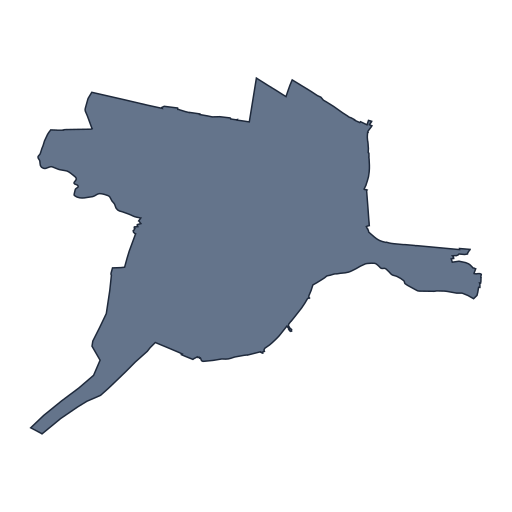 the district of Amersfoort, Utrecht, Netherlands
{"feature_id": "6326949B34184194665398", "entity_name": "Amersfoort", "entity_type": "district", "adm_level": 2, "iso_a3": "NLD", "parent_name": "Netherlands", "parent_adm1": "Utrecht", "projection": "robinson", "projection_center": [5.382, 52.164], "detail": "fine", "context": "isolated", "style": "filled", "palette": "slate", "viewbox_px": 512, "rotation_deg": 0, "n_neighbors": 0, "source": "geoboundaries", "source_scale": "gbopen_adm2", "svg_char_len": 5914}
<svg xmlns="http://www.w3.org/2000/svg" viewBox="0 0 512 512"><path d="M470.1,249.4L459.5,248.5L459.6,249.6L416.5,245.6L416.0,245.8L415.0,245.5L405.0,244.6L403.3,244.6L393.8,243.7L391.4,243.4L389.3,243.0L386.4,242.2L385.8,242.4L382.6,241.6L379.8,240.6L378.1,239.7L376.4,238.6L374.1,236.8L368.7,232.1L368.5,230.9L367.9,229.4L367.8,229.5L367.6,229.2L366.3,226.6L367.3,226.1L369.3,225.6L369.2,224.9L369.1,222.8L368.8,219.7L367.9,207.2L366.6,190.6L367.1,190.0L366.1,189.6L365.1,189.7L364.1,189.1L366.1,184.9L366.1,184.6L367.3,181.0L368.5,176.7L369.0,173.2L369.2,171.6L369.4,168.4L369.4,165.2L369.1,158.8L368.9,157.9L368.8,157.2L369.0,157.1L368.9,153.2L368.2,152.6L368.4,148.3L368.1,145.4L368.2,145.2L368.1,144.6L368.0,143.2L367.8,141.6L367.7,141.6L367.5,139.7L367.3,137.2L367.4,135.0L367.6,132.6L367.9,132.7L368.1,132.5L367.9,132.2L368.0,131.2L370.0,128.5L371.3,126.8L371.2,126.7L371.9,125.8L369.4,124.7L371.3,122.1L371.1,122.0L371.6,121.3L370.4,120.9L368.5,120.4L367.5,123.3L367.0,124.8L360.5,121.7L359.8,122.6L357.4,121.5L355.6,120.7L354.4,120.0L354.6,119.7L350.9,117.7L350.0,117.5L348.4,116.7L348.0,116.4L347.9,116.2L345.1,114.4L342.6,112.8L333.6,106.4L326.2,101.8L323.4,100.2L320.9,97.2L317.4,95.6L311.2,91.5L292.2,79.9L290.0,85.1L288.1,90.4L286.0,96.6L282.9,94.7L277.1,91.0L267.8,85.3L256.4,78.1L249.3,121.9L240.7,120.6L237.2,120.2L237.4,119.5L236.2,119.8L230.7,119.0L230.7,118.5L230.4,118.1L229.9,117.9L219.8,116.7L212.3,116.9L208.0,116.0L199.6,114.5L199.8,113.9L189.5,112.4L189.4,112.6L185.7,111.7L179.5,109.8L178.6,109.4L177.8,109.4L177.6,108.0L164.2,106.3L161.9,107.4L162.3,108.4L147.6,105.2L124.2,99.7L91.8,92.3L88.4,97.9L87.9,99.0L85.3,108.3L85.1,109.6L85.2,110.5L85.3,111.1L87.4,116.0L91.8,128.0L92.2,128.7L91.9,128.9L90.6,129.2L76.1,129.4L65.0,129.6L63.9,129.8L64.0,129.9L63.3,130.2L63.2,130.1L62.8,130.2L57.3,130.2L56.5,130.1L50.7,129.9L50.3,130.5L48.9,132.3L47.6,134.3L45.3,139.2L44.5,140.9L43.1,145.5L41.9,148.5L40.3,153.5L39.8,154.4L38.5,155.9L38.1,156.5L38.0,157.2L38.2,158.1L38.5,158.7L39.4,160.0L39.8,161.0L40.1,163.8L40.3,165.0L40.4,165.5L41.0,166.5L41.5,167.2L42.5,167.8L43.3,168.2L44.0,168.4L44.9,168.5L45.7,168.4L49.8,166.9L51.0,166.7L51.6,166.7L52.4,166.9L57.9,169.1L59.4,169.6L65.5,170.7L66.9,171.0L68.6,171.8L70.4,173.0L74.9,176.6L75.6,177.3L76.0,177.9L76.2,178.5L76.3,179.1L76.1,179.6L75.7,180.3L74.2,182.3L74.1,182.6L74.0,183.1L74.3,183.5L74.7,184.0L75.4,184.3L76.6,184.7L77.6,185.3L78.0,185.9L78.2,186.4L78.1,186.9L77.9,187.2L76.0,188.6L75.4,189.2L75.2,189.8L74.3,193.5L74.1,194.9L74.2,195.2L74.6,195.6L75.6,196.3L77.1,197.1L79.7,197.8L82.1,198.0L84.2,197.9L92.7,196.6L94.5,195.9L97.4,194.2L98.6,193.8L99.7,193.6L101.7,193.8L103.2,194.1L104.4,194.4L108.0,195.6L109.2,196.3L109.9,197.1L111.9,200.9L114.3,203.7L114.9,205.0L115.7,207.3L116.1,208.2L116.9,209.1L117.7,210.0L119.5,211.0L122.4,211.8L128.5,214.0L130.7,214.9L132.8,215.9L134.5,216.6L136.7,217.2L140.8,218.0L138.7,220.9L138.9,221.0L140.9,223.6L137.3,224.6L137.2,225.3L137.8,226.6L134.4,226.9L134.3,227.0L134.2,228.0L134.9,228.4L134.1,230.0L133.2,230.6L133.4,231.9L133.6,232.3L134.5,233.2L135.0,233.6L135.6,233.8L129.2,251.2L127.1,258.1L124.6,267.2L120.9,267.6L112.5,267.9L111.8,270.5L111.2,272.6L111.0,273.4L111.0,274.3L111.1,274.7L111.4,275.2L109.8,290.3L106.3,313.6L99.8,327.2L92.8,341.1L92.0,346.2L100.1,360.2L93.6,375.3L78.7,388.1L61.7,400.8L43.7,415.4L30.7,427.8L41.5,433.5L42.0,433.9L60.7,418.5L77.7,406.9L86.8,401.3L100.6,395.3L108.2,388.5L114.3,382.7L125.9,371.5L135.3,362.0L147.3,351.3L150.1,347.7L155.3,342.5L168.5,348.0L179.1,352.5L182.3,354.0L181.5,354.7L185.2,356.3L192.9,359.4L193.8,358.7L196.1,357.5L197.3,356.8L197.9,357.5L199.0,357.1L199.5,358.2L200.4,357.9L201.5,360.6L201.9,360.9L202.8,361.3L203.9,361.3L213.1,360.4L221.5,359.0L222.8,359.0L225.8,359.1L228.3,358.9L230.7,358.3L234.7,357.0L244.1,355.3L247.8,354.9L247.8,355.0L260.4,351.8L260.7,352.3L261.1,352.3L261.5,352.3L261.9,352.6L262.1,353.1L262.8,353.1L262.8,352.1L263.0,351.8L263.3,351.6L264.4,351.4L264.3,351.1L264.1,350.8L264.1,349.6L264.5,348.8L265.0,348.1L269.5,345.0L272.3,342.6L275.5,339.6L277.5,337.6L279.1,335.9L286.9,326.1L289.2,329.3L288.8,329.5L289.8,330.9L290.6,331.2L290.8,331.4L291.5,331.1L291.3,330.8L291.7,329.8L291.5,329.4L290.0,328.2L288.6,326.0L288.5,325.0L288.8,324.0L290.9,321.3L291.1,321.3L293.9,317.8L295.8,315.4L301.6,308.0L305.0,302.9L307.4,298.8L308.5,297.9L309.1,298.3L309.5,298.0L308.8,297.3L308.9,295.7L311.1,290.5L312.4,286.4L312.9,284.9L316.5,282.9L321.2,280.0L324.6,277.8L326.5,276.2L327.3,275.8L330.3,275.2L333.2,274.3L334.7,273.9L337.3,273.8L340.2,273.3L345.3,272.8L348.6,272.1L350.0,271.6L351.6,270.9L356.0,268.7L360.5,266.1L365.5,263.8L367.1,263.5L371.3,263.2L374.6,263.3L375.3,263.5L376.3,264.0L377.7,265.1L379.5,266.8L380.1,267.5L381.0,268.2L381.6,268.4L382.4,268.5L384.4,268.3L384.7,268.4L385.4,268.6L386.4,269.3L389.0,271.8L391.0,274.0L391.9,274.7L392.9,275.2L395.8,276.0L397.1,276.5L400.6,278.4L403.5,280.5L403.8,280.8L404.2,281.3L404.4,281.8L404.6,282.8L405.0,283.6L407.0,285.0L408.0,285.6L415.5,289.7L417.4,290.7L418.0,290.9L419.6,291.1L434.1,291.3L434.9,291.2L436.8,290.9L444.7,291.1L447.1,291.4L456.6,293.1L461.8,293.1L462.6,293.3L468.2,295.6L469.0,296.1L473.6,298.7L477.0,295.4L477.8,292.1L478.6,287.3L479.9,287.4L479.9,285.2L479.8,284.0L479.5,282.9L480.6,283.1L480.7,282.6L480.9,281.5L481.0,278.0L481.1,277.5L480.8,277.3L480.9,276.3L481.3,274.5L481.3,274.3L480.8,274.0L480.4,273.8L479.6,273.6L478.0,273.6L476.6,273.8L476.2,273.9L474.1,273.6L474.0,273.3L475.7,268.8L474.8,268.5L473.9,268.0L473.2,268.0L472.8,267.8L472.6,267.6L472.2,267.0L470.2,265.0L469.3,264.3L468.3,263.7L465.6,262.6L459.0,261.2L452.3,262.2L451.2,258.9L453.6,258.5L453.4,258.1L453.6,258.1L453.6,257.6L453.4,257.0L453.1,256.4L452.5,255.8L454.8,255.6L456.3,255.7L458.3,254.8L458.8,254.1L459.1,254.0L464.6,254.5L467.5,254.0L467.7,252.9L469.3,250.5L469.7,249.9L470.0,249.8L470.1,249.4Z" fill="#64748b" stroke="#1e293b" stroke-width="1.5"/></svg>